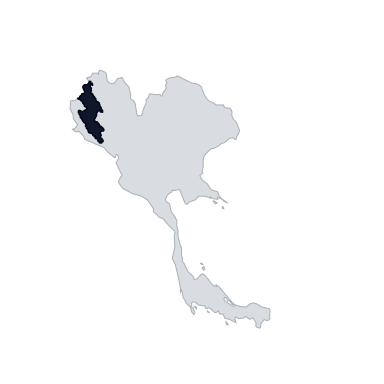 Chiang Mai highlighted on a map of Thailand, rotated 331°
{"feature_id": "THA-390", "entity_name": "Chiang Mai", "entity_type": "Province", "adm_level": 1, "iso_a3": "THA", "parent_name": "Thailand", "parent_adm1": "", "projection": "robinson", "projection_center": [98.763, 18.701], "detail": "fine", "context": "in_parent", "style": "filled", "palette": "ink", "viewbox_px": 384, "rotation_deg": 331, "n_neighbors": 0, "source": "natural_earth", "source_scale": "10m", "svg_char_len": 8670}
<svg xmlns="http://www.w3.org/2000/svg" viewBox="0 0 384 384"><g transform="rotate(331 192 192)"><path d="M166.9,42.2L167.2,43.6L168.6,41.7L170.4,40.7L174.0,45.0L174.4,46.9L171.8,53.7L172.2,56.0L173.9,57.9L175.9,59.0L178.0,58.7L182.0,56.7L186.4,58.0L186.1,62.5L187.7,69.7L185.6,77.1L183.5,80.7L185.1,83.9L185.2,86.9L181.1,98.4L181.9,99.2L184.6,100.5L185.7,100.1L190.1,95.6L195.0,92.1L196.5,89.1L199.6,88.1L202.4,85.5L208.8,90.1L210.5,90.5L211.3,91.3L211.6,93.2L212.4,93.6L215.0,90.9L219.4,89.2L221.1,85.2L223.2,84.1L222.9,82.1L223.6,81.4L227.2,81.2L232.6,83.3L234.5,83.7L235.4,83.2L244.1,96.0L249.7,100.9L251.1,104.2L249.9,112.7L250.0,117.6L251.3,121.4L253.7,123.9L255.4,127.6L261.9,131.2L261.4,132.1L261.8,134.4L265.9,137.1L266.2,138.0L265.8,141.5L264.0,144.1L263.6,146.2L263.6,148.9L264.6,152.9L263.4,161.2L261.0,163.5L257.9,165.2L256.2,167.4L255.0,166.8L254.3,164.5L250.9,163.3L244.3,164.5L241.0,163.9L236.6,164.7L232.2,164.4L229.7,163.4L222.5,165.2L219.5,166.9L217.3,169.3L214.1,175.3L210.7,179.1L210.8,180.6L206.7,181.5L206.9,186.7L209.3,192.3L210.0,199.4L214.6,204.4L213.8,207.9L214.3,211.3L217.9,219.2L215.3,215.5L214.8,212.9L211.7,209.0L210.8,210.9L207.2,208.0L205.7,205.1L205.2,206.4L201.6,202.3L198.0,200.0L196.0,199.0L191.0,200.5L184.6,199.3L182.1,200.4L181.1,199.7L180.5,198.5L182.3,183.7L176.7,181.9L175.8,180.9L174.6,182.0L169.2,182.7L165.2,185.4L164.8,187.6L166.6,191.7L164.3,199.0L165.1,205.9L164.8,209.7L162.0,214.5L161.3,218.4L158.2,224.2L156.2,231.7L155.7,236.0L152.1,242.6L151.2,246.3L149.9,247.7L150.4,250.7L149.8,259.8L152.1,266.4L151.5,269.4L154.1,270.5L160.0,268.4L162.0,269.0L163.3,272.6L164.8,283.3L167.4,286.6L168.0,285.0L169.2,286.7L170.1,289.9L173.3,306.9L174.9,311.3L173.0,310.2L171.9,304.9L170.2,304.7L170.8,301.3L169.7,300.1L167.9,301.0L168.0,303.7L172.7,312.2L175.7,312.4L179.4,316.1L183.5,318.9L188.6,317.9L192.2,318.8L194.3,321.1L197.7,326.8L203.1,331.6L202.3,334.6L200.2,337.0L199.0,340.2L197.5,341.1L195.5,341.1L193.3,338.5L187.9,340.9L186.7,343.4L185.3,344.0L182.9,341.3L183.1,339.7L184.6,337.5L184.2,331.6L180.9,331.5L178.7,327.1L178.0,326.7L176.5,327.4L171.3,325.3L169.8,322.5L168.3,322.8L167.2,327.5L162.7,321.2L159.5,318.6L160.0,313.8L157.8,312.8L156.9,311.5L157.7,308.7L154.8,309.1L153.4,308.4L151.7,303.3L150.3,301.2L148.3,301.2L147.7,300.3L147.9,297.8L143.1,294.2L141.6,290.2L139.3,288.4L137.9,288.9L136.4,291.8L135.4,291.6L134.4,290.8L133.1,286.7L133.2,279.7L134.7,275.5L135.6,268.9L137.8,263.3L142.3,247.1L142.5,240.7L150.4,231.6L155.5,221.2L157.3,219.6L158.0,217.7L155.3,209.3L154.0,203.5L154.2,201.9L150.9,198.0L150.0,193.4L149.1,192.0L148.8,190.5L150.1,187.8L149.4,177.9L145.7,171.0L139.2,164.7L133.3,155.3L132.6,152.0L132.4,147.3L137.1,144.2L138.9,143.9L139.6,129.9L143.6,127.2L144.5,126.1L144.9,123.7L143.9,122.3L141.3,124.7L140.8,124.1L137.5,115.9L136.8,110.9L123.7,94.0L124.3,91.1L122.4,83.8L120.5,83.7L119.2,82.4L117.8,79.2L120.3,79.6L124.5,77.7L123.7,70.6L125.5,66.6L125.7,59.8L128.9,55.8L129.3,53.8L131.0,53.6L133.3,55.0L135.6,55.1L145.4,53.3L146.6,51.5L147.2,47.8L148.2,46.6L150.4,46.3L152.9,47.1L155.5,45.6L155.0,41.2L159.7,42.0L162.7,40.0L166.9,42.2ZM136.7,293.7L136.0,299.0L134.2,300.1L133.6,297.0L134.7,292.0L135.2,293.2L136.7,293.7ZM166.3,262.8L166.0,265.4L164.3,266.2L163.9,263.4L166.3,262.8ZM206.8,210.3L208.8,213.9L206.5,213.6L206.0,210.1L206.8,210.3ZM158.9,325.8L157.9,324.3L158.8,321.9L159.6,324.8L158.9,325.8ZM139.8,294.3L139.3,297.2L138.4,293.2L139.8,294.3ZM166.4,260.6L165.5,260.3L164.7,258.6L165.8,258.6L166.4,260.6ZM147.7,302.9L148.8,306.3L147.6,304.7L147.7,302.9ZM212.0,219.8L211.7,222.0L210.7,221.1L211.3,219.5L212.0,219.8ZM134.5,273.2L133.4,274.0L134.3,272.0L134.5,273.2Z" fill="#d9dde1" stroke="#a8b0b8" stroke-width="1"/><path d="M152.1,47.4L152.6,47.3L154.7,46.6L155.3,46.0L155.6,45.8L155.9,45.5L156.3,45.8L156.5,46.0L156.9,46.1L157.0,46.2L156.9,46.4L156.4,46.8L156.0,46.9L155.9,47.0L155.9,47.5L156.1,47.7L156.4,47.8L156.5,48.0L157.2,48.3L157.3,48.3L157.4,48.5L157.3,49.2L157.2,49.6L156.9,50.3L156.7,50.4L156.5,50.2L156.4,50.0L156.3,49.6L156.2,49.5L155.8,49.2L155.4,49.3L154.9,49.2L154.4,49.6L154.2,50.3L154.1,50.5L153.9,50.7L153.8,51.0L153.8,51.5L154.0,51.7L154.2,51.9L154.3,52.4L154.3,52.5L154.2,52.6L153.9,52.6L153.7,52.8L153.6,53.1L153.4,53.4L153.3,54.3L153.1,54.7L152.7,54.7L152.6,54.8L152.3,55.2L151.9,55.5L151.7,55.7L151.6,55.8L151.5,56.1L151.6,56.4L151.8,56.9L152.1,57.0L152.4,57.7L152.6,58.0L152.6,58.4L152.1,59.0L152.4,59.4L152.5,59.7L152.5,59.9L152.4,60.3L152.7,61.1L152.8,61.6L152.8,61.9L152.6,62.1L152.6,62.3L153.0,63.6L153.0,64.0L152.9,64.2L152.6,64.4L152.6,64.6L152.4,65.4L152.4,65.6L152.7,66.7L152.8,66.8L153.7,68.1L153.8,68.4L154.0,69.3L153.6,69.6L153.6,70.3L153.6,71.0L153.5,71.4L153.1,71.6L152.9,71.7L152.7,71.9L152.7,72.2L152.7,72.3L152.9,72.3L153.0,72.2L153.1,72.3L153.1,72.8L153.2,73.2L153.4,73.5L153.4,73.8L153.4,74.1L153.4,74.3L153.1,74.7L152.8,75.7L152.8,75.9L152.9,76.1L153.0,76.3L152.9,76.3L152.8,76.5L152.6,76.9L152.7,77.0L153.1,77.1L153.2,77.3L153.1,77.7L153.0,77.9L152.8,78.0L152.7,78.2L152.7,78.7L152.6,78.8L152.4,78.8L152.2,78.7L151.6,78.2L151.3,78.0L150.7,77.5L150.7,77.3L150.9,77.1L150.9,76.8L150.8,76.4L150.5,76.2L150.2,75.8L150.2,75.6L150.2,75.4L149.4,75.3L149.2,75.4L149.0,75.7L148.8,75.8L148.4,75.9L148.2,75.9L147.7,76.3L147.5,76.1L147.3,76.0L147.2,76.0L146.5,77.3L146.3,77.4L146.1,77.8L145.7,78.6L145.6,78.9L143.9,79.8L143.2,80.5L142.9,80.7L141.8,80.9L141.5,81.1L141.7,81.3L141.7,81.6L141.6,81.8L141.5,82.0L141.4,82.3L141.6,82.9L141.2,83.4L141.2,83.6L141.8,83.9L143.0,84.6L143.2,84.9L143.2,85.2L143.3,86.3L143.5,86.6L143.6,86.9L143.6,88.2L143.4,89.8L143.5,90.2L143.5,90.3L143.7,90.5L144.1,90.4L144.3,90.5L144.4,91.2L144.6,91.7L144.7,92.2L144.9,92.4L144.9,92.8L145.0,93.1L145.2,93.3L145.3,93.4L145.3,93.5L145.1,94.7L145.0,95.0L144.7,95.4L144.4,95.5L144.1,95.6L143.8,95.6L143.4,95.3L142.7,94.9L142.4,94.8L141.7,94.8L141.3,95.1L140.9,95.2L140.7,95.3L140.6,95.6L140.6,95.9L140.6,96.1L140.0,96.6L139.9,96.7L139.9,96.8L140.0,97.1L140.0,97.4L140.2,97.8L140.2,98.1L139.9,98.6L139.3,98.7L138.9,98.9L138.8,99.2L138.6,99.8L138.5,100.4L138.5,100.9L138.6,101.1L139.0,101.4L139.1,101.7L139.1,101.9L139.1,102.3L138.8,102.9L138.8,103.0L139.1,103.2L139.2,103.3L139.2,103.6L139.2,103.9L139.1,104.4L138.5,104.7L138.0,104.8L137.3,104.8L136.8,105.2L136.6,105.2L136.3,105.2L136.0,104.9L135.7,104.7L135.2,104.4L135.0,104.1L135.0,103.9L135.0,103.7L135.0,103.3L134.9,102.7L134.6,102.2L134.9,101.9L135.0,101.7L134.9,101.5L134.6,101.3L134.6,101.2L134.7,100.4L134.8,99.9L134.7,99.6L134.5,98.8L134.4,98.6L134.1,98.5L133.8,98.6L133.7,98.6L133.6,98.4L133.6,97.4L133.6,97.0L133.8,96.8L134.3,96.4L134.4,96.1L133.4,95.6L133.2,95.4L133.2,95.2L133.0,94.9L132.9,94.6L132.8,94.4L133.0,94.2L133.0,93.8L133.3,93.5L133.3,93.4L133.3,93.2L133.0,92.8L132.7,92.5L131.8,91.2L131.2,90.8L130.8,90.5L130.7,90.2L130.5,89.9L130.5,89.5L130.5,89.3L130.6,89.0L130.7,88.5L130.9,88.2L131.2,88.0L131.3,87.8L131.2,87.5L130.9,87.0L130.9,86.7L130.9,86.3L130.9,85.5L130.8,85.3L130.7,85.1L130.6,84.9L130.9,84.1L131.1,83.5L131.1,83.3L130.9,83.1L130.8,82.9L130.8,82.6L130.9,82.4L131.7,81.7L131.9,81.4L132.0,80.8L132.1,80.7L132.4,80.8L132.6,80.8L132.7,80.7L132.7,80.4L132.3,80.1L132.0,79.9L131.8,79.8L131.3,79.2L131.1,78.7L131.1,78.2L131.1,77.5L131.0,77.2L130.9,77.0L130.8,76.7L131.0,76.3L131.0,76.2L130.9,75.7L130.9,74.9L131.0,74.7L131.1,74.3L131.2,74.0L131.1,73.9L130.9,73.9L130.5,73.1L130.5,72.7L131.0,71.5L131.2,70.9L131.2,70.5L131.2,70.3L130.9,69.4L131.0,69.2L131.4,68.4L131.4,68.2L131.1,67.6L131.2,67.4L131.5,67.2L131.7,66.7L131.8,66.3L131.8,66.2L132.0,66.1L132.2,65.9L132.3,65.9L132.6,65.9L132.8,65.9L133.0,66.1L133.3,66.2L133.4,66.3L133.7,66.7L133.9,67.2L134.3,67.6L134.7,68.0L134.9,68.4L135.0,68.5L135.9,68.6L136.5,68.7L136.9,68.9L137.2,69.1L137.3,69.0L137.5,68.6L137.8,68.5L138.0,68.5L138.5,68.7L138.8,68.7L139.0,68.7L139.4,68.5L140.0,68.4L140.4,68.1L140.5,67.9L140.6,67.5L140.7,67.2L140.6,66.7L140.2,65.8L139.7,65.3L139.5,65.0L139.5,64.9L139.7,64.5L139.9,63.4L139.9,62.8L139.8,62.3L139.8,61.9L139.6,61.6L139.6,61.4L139.6,61.2L139.7,60.9L139.7,60.2L139.9,59.4L139.7,59.1L139.6,58.9L139.4,58.8L139.3,58.7L139.3,58.1L139.0,57.8L138.9,57.3L138.8,56.7L138.2,56.2L137.8,55.8L137.6,55.6L137.6,55.4L137.5,55.0L137.5,54.7L137.9,54.8L138.0,55.0L138.5,55.3L138.6,55.2L138.8,55.0L139.2,54.8L139.6,54.8L139.7,54.7L140.2,54.1L140.5,53.9L142.1,53.7L142.4,53.5L143.4,52.7L144.0,52.9L144.2,53.1L144.4,53.3L144.8,53.9L145.1,53.8L145.7,53.3L146.4,53.0L146.6,52.8L146.9,52.4L147.0,51.8L147.0,51.5L146.9,51.1L146.9,50.6L146.9,50.4L147.1,50.0L147.0,49.2L147.2,47.8L147.5,47.1L148.2,46.6L149.0,46.3L149.7,46.1L150.0,46.2L150.8,46.4L151.1,46.6L151.8,47.2L152.1,47.4Z" fill="#0f172a" stroke="#020617" stroke-width="1.5"/></g></svg>